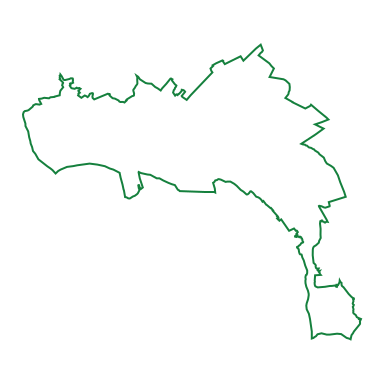 the district of Bozieni, Neamt, Romania
{"feature_id": "2599482B32381271441221", "entity_name": "Bozieni", "entity_type": "district", "adm_level": 2, "iso_a3": "ROU", "parent_name": "Romania", "parent_adm1": "Neamt", "projection": "robinson", "projection_center": [27.175, 46.823], "detail": "fine", "context": "isolated", "style": "outline", "palette": "green", "viewbox_px": 384, "rotation_deg": 0, "n_neighbors": 0, "source": "geoboundaries", "source_scale": "gbopen_adm2", "svg_char_len": 5869}
<svg xmlns="http://www.w3.org/2000/svg" viewBox="0 0 384 384"><path d="M350.6,339.3L351.5,335.2L353.0,333.2L353.9,331.5L359.9,324.1L360.1,323.1L359.9,321.5L361.0,319.0L359.5,318.4L359.0,319.2L358.8,319.1L358.5,318.0L356.8,317.1L355.8,315.1L353.6,313.4L353.3,312.8L353.2,312.1L353.4,311.3L353.2,310.4L353.5,309.6L353.4,308.8L352.8,306.9L353.5,305.8L353.8,304.9L353.0,304.2L352.7,303.5L353.5,301.0L353.1,299.4L353.9,299.1L353.9,298.4L352.2,297.5L351.3,296.7L348.7,294.0L343.5,287.2L342.1,286.1L341.6,285.1L341.5,282.8L340.6,282.2L339.7,280.5L339.5,282.3L338.0,285.2L337.5,285.4L336.9,284.8L336.6,284.8L336.7,285.8L336.6,286.2L337.0,286.6L336.9,286.9L336.1,286.7L335.0,285.5L332.1,285.9L329.7,286.0L325.0,286.8L317.7,287.4L315.5,286.4L315.0,285.7L314.7,284.3L314.6,282.7L314.9,281.9L314.7,280.5L315.1,275.3L320.7,274.9L319.7,273.7L319.7,272.8L319.0,272.1L319.7,271.0L319.1,271.2L317.9,270.6L317.6,270.2L318.4,269.3L318.7,268.5L316.7,268.6L315.9,267.8L315.6,266.2L315.8,265.5L315.4,264.6L313.6,262.9L312.7,255.2L312.8,249.7L313.0,248.4L313.4,247.3L314.0,246.5L316.1,245.2L318.8,242.7L319.2,240.8L320.7,238.0L320.5,234.7L320.6,228.9L320.0,223.6L320.3,221.2L321.9,220.4L322.1,220.7L322.1,221.4L323.6,221.6L324.4,222.4L325.1,222.6L326.6,221.6L327.6,221.8L326.5,219.5L319.0,206.5L318.9,206.0L319.2,205.8L321.6,206.3L323.9,207.4L325.3,207.7L329.6,206.3L329.7,205.8L328.8,202.1L345.7,196.8L344.1,191.8L340.3,182.4L337.9,175.3L333.6,167.8L331.0,165.9L326.8,163.5L325.3,161.2L323.8,157.6L319.5,154.3L318.3,152.6L314.8,150.4L314.1,149.4L312.9,149.0L311.2,147.9L308.9,147.4L306.9,145.6L305.7,145.4L305.0,144.7L302.8,144.4L301.3,143.8L315.5,134.5L323.6,128.6L315.1,124.4L321.9,122.1L328.4,119.5L326.5,117.6L318.5,111.1L311.0,104.7L310.4,105.7L309.5,106.3L305.3,108.5L292.6,102.3L292.7,102.1L285.4,98.0L288.1,94.6L288.5,93.8L288.7,92.2L289.6,90.4L289.8,87.1L289.4,83.9L285.6,80.4L283.6,79.3L269.6,77.0L273.9,68.5L271.5,66.1L269.3,63.3L258.6,55.4L260.5,53.1L262.1,51.8L262.9,50.4L260.7,44.7L255.9,48.6L243.4,60.7L240.6,56.3L224.8,64.1L223.1,61.6L223.2,60.8L222.5,60.4L216.1,63.3L212.6,65.3L213.1,66.0L210.5,68.5L211.3,70.8L212.4,72.4L190.5,95.4L186.7,99.9L182.3,96.9L181.7,96.0L185.1,91.8L184.2,90.6L182.8,89.9L182.1,90.4L181.7,90.1L181.5,91.2L178.9,94.0L178.3,94.0L177.6,95.1L176.3,94.4L175.1,95.6L173.1,92.6L173.8,90.1L174.6,89.2L175.1,87.7L175.9,86.8L176.4,85.5L174.9,84.3L172.0,80.5L171.9,80.0L172.4,79.3L171.0,78.5L170.4,78.7L166.3,83.8L162.1,88.4L160.7,90.5L157.6,88.3L155.2,87.0L151.5,83.7L147.8,83.5L145.6,83.0L139.9,79.3L138.2,76.8L136.6,75.7L137.4,77.6L137.2,79.2L137.4,83.5L137.1,84.3L135.8,86.0L134.7,88.0L133.4,89.7L133.3,90.7L134.1,93.4L133.9,95.5L133.7,95.7L132.0,96.2L127.0,99.3L126.1,100.3L126.5,100.6L124.5,102.5L123.0,101.9L120.4,102.0L119.3,101.5L118.6,100.5L114.9,98.6L112.6,98.2L109.5,95.4L109.4,94.9L109.8,94.3L109.6,94.0L108.5,94.0L107.9,93.7L94.2,99.4L92.7,98.0L92.4,96.7L93.0,93.9L92.8,93.3L92.1,93.1L89.9,93.8L88.8,95.9L87.6,97.1L85.8,95.9L84.7,95.5L81.4,97.8L78.1,95.4L78.6,94.4L78.4,93.7L78.5,93.4L79.8,92.7L78.4,90.9L80.5,88.8L80.3,88.7L79.4,88.0L77.3,88.3L76.7,87.7L74.7,88.8L71.9,88.3L71.1,87.8L69.8,85.7L70.5,85.0L69.9,83.9L70.0,83.6L70.4,83.3L71.6,83.4L73.1,82.7L72.7,81.6L73.0,80.7L72.8,79.7L73.0,79.1L72.6,78.4L70.8,78.3L69.4,79.0L65.2,80.0L64.2,80.0L63.5,79.6L61.6,76.1L60.4,74.5L60.3,75.2L59.7,75.6L59.9,76.7L59.7,77.8L60.2,78.9L59.7,79.3L63.0,82.5L62.7,83.3L62.9,83.4L62.1,85.2L63.2,87.2L60.4,90.7L59.9,92.7L59.7,95.3L54.6,96.6L54.5,96.9L50.4,97.3L49.0,98.3L44.2,97.8L41.6,98.6L39.0,98.9L39.1,99.9L41.2,103.9L39.5,104.6L35.9,104.1L34.9,104.5L33.2,105.4L32.8,106.5L31.7,107.5L28.6,110.1L27.4,110.6L24.8,111.1L23.7,112.1L23.0,114.4L23.3,117.0L25.4,123.5L25.5,126.1L28.2,131.4L29.2,137.3L30.3,141.1L30.7,143.6L32.1,147.1L33.0,151.0L35.3,153.8L38.4,159.3L47.3,166.3L50.5,168.5L52.5,170.1L55.6,173.5L58.2,171.0L60.6,169.6L67.0,166.9L73.3,166.1L77.2,165.3L89.6,163.6L97.4,164.6L104.9,166.2L109.8,168.5L113.4,169.6L119.6,172.8L120.6,177.6L122.5,184.5L123.6,189.7L123.9,190.2L125.1,197.1L126.5,197.3L128.1,198.3L129.3,198.5L130.0,198.4L132.9,196.5L134.8,195.8L137.1,194.1L137.9,193.2L139.5,190.0L138.8,188.2L138.3,185.3L138.5,185.1L139.1,185.2L139.6,187.4L141.0,188.9L142.8,187.5L139.8,178.4L138.6,172.3L138.7,172.0L141.1,173.1L147.4,174.5L150.3,174.8L156.7,178.3L159.4,178.3L163.3,180.5L168.5,182.9L171.8,184.2L174.9,185.1L177.8,189.7L179.0,190.3L179.7,191.1L204.9,192.0L214.2,192.0L215.2,192.5L214.8,188.5L213.1,182.8L214.4,181.9L215.3,180.4L216.9,180.1L218.0,179.3L218.7,179.1L220.8,179.6L225.6,181.9L227.3,181.6L230.4,181.6L234.2,183.8L236.7,185.8L240.7,189.9L243.4,191.6L246.5,194.4L246.9,194.5L247.7,194.3L248.8,193.4L250.4,191.3L251.1,191.3L253.2,193.0L256.2,196.7L258.4,197.4L259.9,198.4L261.3,199.8L262.5,201.7L263.4,201.0L266.2,204.7L266.7,204.9L270.6,208.2L271.0,208.0L273.1,210.4L272.7,210.7L277.7,216.3L277.2,216.6L278.4,217.9L277.2,218.5L277.9,219.3L278.2,219.1L279.4,220.7L281.2,219.4L289.1,230.8L294.0,228.5L295.9,230.8L296.7,230.6L297.0,230.8L297.8,232.1L296.6,233.5L296.9,233.8L296.2,235.0L296.7,235.1L295.6,236.1L295.3,235.9L295.0,236.2L295.1,236.7L296.7,237.0L297.3,236.3L298.2,236.3L299.2,237.2L300.0,236.6L301.2,237.3L301.4,238.4L302.0,238.6L302.4,239.8L302.4,240.8L303.2,242.0L303.1,242.4L301.1,243.3L300.3,244.7L298.7,245.8L298.4,246.5L297.1,246.9L297.0,247.3L297.4,248.0L298.7,249.2L299.0,251.7L299.6,253.7L300.1,254.3L301.5,254.5L301.7,254.9L302.3,257.4L303.8,260.5L305.2,265.5L307.2,270.5L307.2,273.1L307.0,273.5L306.7,274.7L305.9,275.1L305.4,277.2L305.7,279.1L305.4,280.7L305.5,283.2L306.3,286.7L308.0,290.8L308.7,293.9L308.7,295.3L308.1,299.1L306.7,303.3L306.3,305.6L306.7,309.3L308.9,313.8L310.0,319.0L311.8,331.5L311.8,338.5L313.6,337.9L314.1,337.3L316.0,336.2L317.5,334.3L321.5,333.3L326.7,334.6L329.7,334.6L337.1,333.7L341.2,334.1L346.6,337.9L349.4,338.7L350.6,339.3Z" fill="none" stroke="#15803d" stroke-width="2"/></svg>